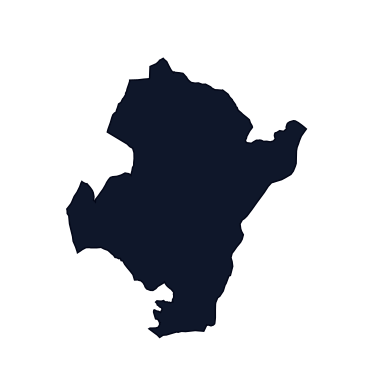 Girga, Suhaj, Egypt, rotated 252°
{"feature_id": "37247803B67165443918142", "entity_name": "Girga", "entity_type": "district", "adm_level": 2, "iso_a3": "EGY", "parent_name": "Egypt", "parent_adm1": "Suhaj", "projection": "mercator", "projection_center": [31.856, 26.307], "detail": "fine", "context": "isolated", "style": "filled", "palette": "ink", "viewbox_px": 384, "rotation_deg": 252, "n_neighbors": 0, "source": "geoboundaries", "source_scale": "gbopen_adm2", "svg_char_len": 4284}
<svg xmlns="http://www.w3.org/2000/svg" viewBox="0 0 384 384"><g transform="rotate(252 192 192)"><path d="M317.6,167.3L316.6,167.0L314.2,165.3L311.3,163.1L309.5,161.8L308.1,161.1L306.5,159.4L305.2,159.0L304.2,157.9L302.5,155.9L301.9,154.8L301.8,154.7L299.1,152.1L298.4,149.4L295.3,147.3L293.2,145.6L291.6,144.7L291.2,143.7L291.0,142.7L289.8,140.6L287.5,138.8L283.2,135.9L277.5,131.5L275.2,130.0L257.7,145.2L254.5,146.8L252.0,149.1L250.4,149.1L247.2,149.0L241.6,147.3L237.6,145.6L235.2,144.8L233.7,143.1L230.5,141.4L226.6,138.9L228.2,138.1L229.0,137.4L229.8,135.8L230.7,134.2L230.0,130.1L230.0,126.9L230.1,125.2L231.0,121.2L231.0,118.8L229.5,116.4L228.1,114.7L227.6,114.0L225.4,111.9L222.0,108.1L219.6,104.8L217.7,102.3L216.9,101.2L214.7,97.9L212.4,97.0L213.4,96.5L214.5,95.8L217.9,97.3L220.2,97.6L221.8,97.8L223.5,97.7L224.3,97.6L227.6,96.6L229.1,96.0L232.4,94.6L232.4,93.8L234.4,91.7L235.7,90.6L235.8,90.6L236.0,90.5L235.1,89.5L231.6,86.8L227.4,82.7L224.2,78.6L219.7,74.7L218.2,73.2L214.7,68.1L214.6,67.9L214.5,67.7L212.7,67.5L210.0,66.7L207.5,67.5L203.5,66.6L199.5,65.7L186.7,64.7L181.9,63.8L175.5,64.4L170.6,64.4L169.6,64.3L170.4,67.4L171.2,69.9L171.9,73.9L171.0,77.1L170.2,78.7L168.4,84.4L167.5,88.4L165.1,90.8L162.6,94.0L160.1,95.5L158.5,96.3L156.1,97.9L153.6,98.6L152.8,100.2L152.0,101.0L151.2,101.8L151.1,103.2L150.3,103.4L148.7,103.4L147.9,105.0L143.9,105.7L139.8,107.2L135.8,108.8L131.7,110.3L129.3,110.3L126.9,110.2L126.1,110.2L125.2,113.4L124.4,114.2L123.6,115.8L121.1,117.4L117.9,118.1L116.3,118.1L113.9,118.9L111.4,122.0L110.5,124.4L111.3,127.7L112.8,130.2L113.5,133.4L114.3,136.7L115.1,138.0L113.4,138.3L111.0,139.0L109.4,139.8L106.9,141.4L106.1,142.1L102.1,143.7L100.5,142.8L99.7,142.8L97.3,142.0L95.7,140.3L94.4,139.8L93.4,139.9L93.4,138.7L93.4,137.0L94.2,136.3L94.2,135.4L95.0,134.7L95.9,132.2L97.5,131.5L97.6,129.0L99.3,125.0L98.5,123.4L96.9,124.2L95.3,124.1L94.5,124.9L92.8,125.7L92.0,126.5L91.2,127.3L89.6,127.3L88.0,125.6L87.2,124.8L88.9,123.2L89.7,121.6L90.5,120.8L91.4,120.0L91.4,119.2L89.8,118.4L88.2,118.3L83.4,118.2L82.6,118.2L81.7,119.8L80.1,120.6L78.5,120.6L77.7,121.4L76.9,120.5L76.1,120.5L75.3,119.7L73.8,118.1L73.8,115.6L74.7,112.4L75.5,110.0L75.2,108.8L73.2,110.2L66.6,114.9L63.7,116.3L64.8,120.3L64.0,123.5L63.8,130.8L63.7,134.0L62.9,135.6L62.9,136.4L62.8,138.9L61.3,142.8L59.3,152.3L56.0,160.2L61.1,165.0L60.6,165.5L60.6,166.3L58.9,168.7L58.9,171.1L59.7,172.8L61.3,173.6L65.2,175.3L73.2,177.9L78.0,179.6L79.6,180.4L83.5,183.7L84.3,186.2L88.2,191.1L93.2,194.6L94.5,196.1L100.8,201.1L100.8,202.7L108.7,207.7L113.5,208.6L117.5,208.7L121.4,211.2L123.0,213.6L126.1,217.7L129.2,222.6L131.6,225.1L135.5,227.6L138.8,227.0L139.5,226.9L142.0,226.9L146.8,227.8L149.1,230.3L149.9,231.1L150.6,233.6L152.2,236.8L156.8,243.4L162.3,250.8L169.3,260.6L174.0,266.4L174.5,267.4L176.3,270.5L176.2,272.9L176.2,275.3L176.1,281.0L176.8,285.0L178.2,291.5L180.6,294.8L184.5,298.1L186.9,299.8L194.0,302.3L198.8,304.0L202.0,305.7L205.1,308.2L207.5,309.9L211.4,313.2L214.5,317.3L216.6,320.2L219.4,318.5L221.8,316.9L225.1,314.5L227.6,312.2L228.4,310.6L228.5,306.5L228.3,305.8L227.8,304.1L227.0,303.3L224.6,301.6L223.0,301.6L221.5,298.3L221.5,297.5L223.2,294.3L222.4,291.0L222.5,289.4L221.7,288.6L220.1,287.8L218.5,287.7L216.9,287.7L215.3,285.2L215.4,283.6L215.4,282.0L217.1,278.8L218.0,275.6L219.6,274.0L220.5,272.4L220.5,271.6L221.3,269.2L220.6,265.9L219.9,263.5L220.7,261.9L221.9,259.3L223.2,258.7L224.8,258.8L226.4,260.4L227.9,261.2L229.5,262.9L231.1,264.5L232.6,266.2L234.2,268.6L235.0,269.5L235.8,269.5L236.6,269.5L239.3,268.9L239.8,268.8L243.0,268.8L245.5,267.3L250.4,264.1L252.0,263.3L254.4,261.8L256.0,261.0L258.5,261.0L259.3,260.3L261.7,260.3L266.5,258.8L267.3,258.8L269.8,257.6L270.6,257.2L273.8,256.5L279.5,252.6L279.5,251.8L281.2,247.8L282.1,245.4L284.6,243.0L286.2,242.2L290.3,238.2L291.2,235.0L293.7,231.8L294.3,229.4L294.5,228.6L296.2,225.4L297.0,224.6L299.5,223.1L301.9,222.3L302.7,222.3L304.3,221.5L305.8,220.9L307.6,220.0L308.4,218.4L309.1,217.1L311.0,212.8L311.8,212.0L311.0,211.2L312.6,210.4L315.1,209.6L319.1,208.9L323.9,208.2L326.4,206.6L328.0,205.9L327.3,202.6L327.3,201.8L326.5,201.0L325.0,197.7L324.7,195.1L324.3,190.9L313.7,187.0L312.9,186.4L313.3,184.5L314.0,181.7L315.3,175.2L317.6,167.3Z" fill="#0f172a" stroke="#020617" stroke-width="1.5"/></g></svg>